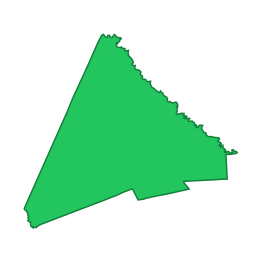 Acrelândia, Acre, Brazil (Natural Earth projection), rotated 267°
{"feature_id": "56859067B29113290851832", "entity_name": "Acrelândia", "entity_type": "district", "adm_level": 2, "iso_a3": "BRA", "parent_name": "Brazil", "parent_adm1": "Acre", "projection": "natural_earth1", "projection_center": [-66.886, -9.954], "detail": "fine", "context": "isolated", "style": "filled", "palette": "green", "viewbox_px": 256, "rotation_deg": 267, "n_neighbors": 0, "source": "geoboundaries", "source_scale": "gbopen_adm2", "svg_char_len": 3141}
<svg xmlns="http://www.w3.org/2000/svg" viewBox="0 0 256 256"><g transform="rotate(267 128 128)"><path d="M161.0,74.5L147.9,68.4L138.3,63.5L85.6,36.7L77.1,32.4L64.2,25.8L61.8,24.6L53.1,20.2L52.0,20.4L50.9,21.9L49.5,22.5L48.6,23.4L47.6,23.8L46.7,23.2L44.8,24.0L43.5,23.4L41.8,24.1L40.7,23.1L39.4,24.5L39.4,25.7L38.2,25.7L37.1,25.6L34.9,26.0L33.9,27.2L33.2,28.2L34.3,28.5L33.3,30.8L34.1,32.1L35.0,33.2L36.0,35.1L38.9,43.9L58.7,105.1L61.9,114.7L63.4,118.1L65.2,123.3L67.0,129.3L55.6,134.3L56.2,140.2L56.8,142.0L58.7,153.6L59.8,162.1L61.1,169.8L63.8,185.8L65.4,184.7L70.2,181.1L71.8,180.7L71.8,188.8L71.8,193.5L71.8,200.0L71.8,209.1L71.8,214.3L71.9,220.3L71.8,224.4L73.6,224.4L84.5,224.4L89.6,224.4L96.4,224.4L96.4,230.1L97.0,234.8L97.7,235.8L98.8,234.9L99.3,232.8L100.9,231.9L100.7,230.6L99.0,230.7L98.0,230.9L97.5,229.6L98.1,228.2L99.2,227.3L99.2,225.8L98.5,224.9L98.6,223.4L99.8,223.1L99.8,224.5L101.1,224.1L102.3,223.0L103.5,221.7L105.6,221.9L104.7,220.4L104.0,219.4L105.4,219.1L106.6,220.3L107.6,220.3L108.5,219.6L109.3,218.4L110.2,216.9L110.9,217.7L112.2,218.9L113.4,218.1L113.7,216.4L113.9,214.6L114.4,213.2L114.7,211.6L115.2,209.7L115.1,208.0L115.6,207.1L116.8,206.0L118.0,205.7L119.4,205.2L119.5,203.3L120.8,203.0L122.0,202.2L122.8,201.3L123.9,201.8L125.2,201.9L126.6,202.7L127.1,200.7L126.9,199.5L126.1,198.6L124.9,198.1L124.9,196.2L126.0,195.8L126.5,196.7L127.6,196.2L127.7,194.4L129.6,194.8L130.2,193.6L131.3,193.0L131.6,191.7L131.5,190.5L131.3,189.1L132.3,188.5L133.3,189.5L134.3,190.1L134.4,188.6L134.3,186.7L134.4,185.3L135.1,184.4L135.4,186.0L136.1,187.4L137.2,186.4L136.9,184.8L137.9,183.6L138.4,184.6L139.5,184.8L140.0,182.2L139.3,181.2L139.7,179.7L138.8,178.3L139.5,177.1L140.8,177.2L141.9,178.0L143.9,177.9L145.5,178.1L146.9,177.5L146.6,178.8L147.6,178.8L149.0,178.8L150.3,178.2L151.4,177.3L151.0,175.6L150.8,174.2L150.7,172.8L152.3,171.6L151.8,170.5L152.2,169.4L153.3,168.7L155.2,168.9L156.6,168.4L157.4,167.4L158.0,166.0L159.9,164.7L161.1,164.6L161.9,163.1L163.3,162.5L162.1,161.4L161.7,160.4L163.2,159.3L163.9,158.2L164.9,156.9L166.1,156.3L166.6,155.2L167.4,153.9L168.6,153.6L171.1,152.3L172.4,152.8L173.5,153.0L173.4,151.6L173.1,150.2L173.7,149.1L174.6,148.7L175.5,148.2L175.9,146.8L175.9,145.3L177.1,144.9L178.4,145.2L179.4,145.0L180.0,143.6L181.3,143.1L183.0,143.9L184.3,143.2L184.9,142.4L185.7,140.7L185.8,139.5L186.5,138.4L187.7,137.8L188.8,138.2L190.1,138.4L189.9,137.2L190.5,136.0L191.2,135.2L192.2,135.7L192.9,136.8L194.4,136.4L196.0,135.9L197.9,134.4L199.0,133.4L200.2,132.3L201.5,132.3L202.5,132.0L204.0,132.2L205.4,132.6L205.4,131.0L205.1,129.2L206.2,128.6L207.5,129.1L207.8,127.3L208.3,126.1L209.3,125.6L208.7,124.5L208.9,123.3L209.2,122.2L209.7,121.1L210.8,120.7L211.9,120.5L212.6,121.9L213.5,120.8L214.0,122.6L214.7,123.9L215.6,124.4L216.7,124.4L217.2,125.7L218.3,125.8L218.5,124.6L218.9,122.7L219.9,120.7L220.9,120.6L222.1,119.2L220.3,117.7L219.1,117.0L219.7,115.0L221.6,114.3L221.4,112.7L219.6,111.8L220.0,110.2L221.4,109.2L222.8,108.5L222.0,106.6L215.4,102.7L196.6,93.2L185.7,87.6L161.0,74.5ZM105.4,219.1L105.7,217.9L106.5,218.7L105.4,219.1Z" fill="#22c55e" stroke="#15803d" stroke-width="1.5"/></g></svg>